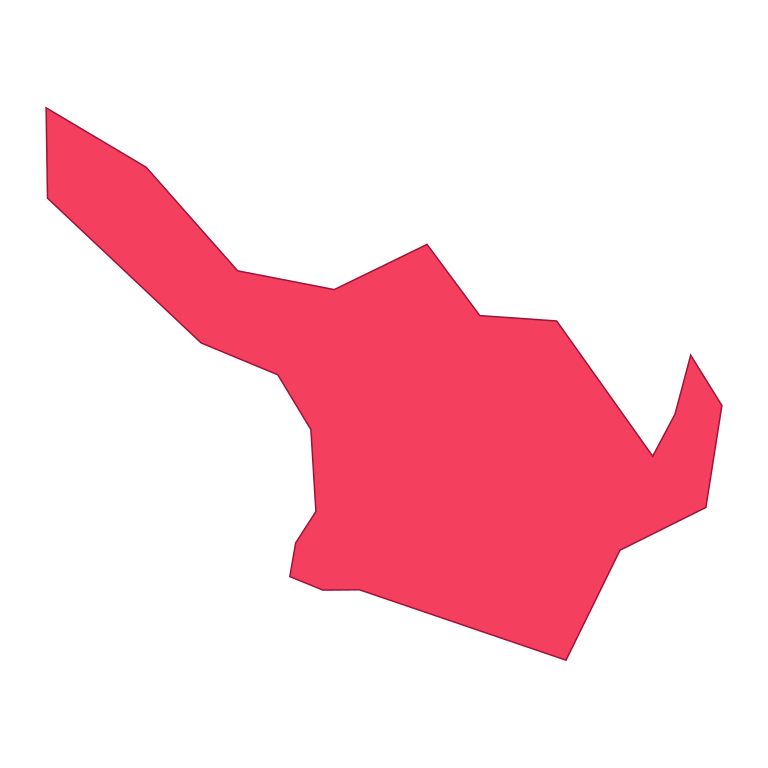 an SVG outline of Chişinău
{"feature_id": "MDA-1627", "entity_name": "Chişinău", "entity_type": "City", "adm_level": 1, "iso_a3": "MDA", "parent_name": "Moldova", "parent_adm1": "", "projection": "albers", "projection_center": [28.832, 47.05], "detail": "fine", "context": "isolated", "style": "filled", "palette": "rose", "viewbox_px": 768, "rotation_deg": 0, "n_neighbors": 0, "source": "natural_earth", "source_scale": "10m", "svg_char_len": 418}
<svg xmlns="http://www.w3.org/2000/svg" viewBox="0 0 768 768"><path d="M427.0,244.4L479.8,315.6L556.7,321.0L652.7,456.2L675.0,414.2L690.7,355.2L721.9,405.5L705.9,507.4L620.0,550.2L566.0,660.2L359.4,589.8L322.9,590.1L289.8,576.6L295.7,542.8L315.9,511.5L310.9,429.6L277.8,374.8L201.2,343.0L47.5,198.2L46.1,107.8L146.2,167.3L237.6,270.8L334.2,289.6L427.0,244.4Z" fill="#f43f5e" stroke="#9f1239" stroke-width="1.5"/></svg>